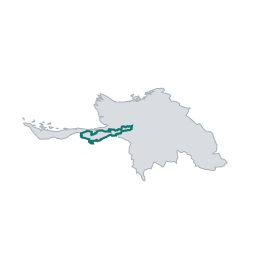 location of Kayin within Myanmar, rotated 104°
{"feature_id": "MMR-3266", "entity_name": "Kayin", "entity_type": "State", "adm_level": 1, "iso_a3": "MMR", "parent_name": "Myanmar", "parent_adm1": "", "projection": "albers", "projection_center": [97.58, 17.357], "detail": "fine", "context": "in_parent", "style": "outline", "palette": "teal", "viewbox_px": 256, "rotation_deg": 104, "n_neighbors": 0, "source": "natural_earth", "source_scale": "10m", "svg_char_len": 8574}
<svg xmlns="http://www.w3.org/2000/svg" viewBox="0 0 256 256"><g transform="rotate(104 128 128)"><path d="M164.5,114.9L162.1,113.7L160.3,114.9L157.5,114.5L157.8,116.9L156.3,117.7L153.5,117.5L151.8,121.1L146.0,122.1L142.3,121.5L140.2,124.7L140.0,128.4L139.0,130.7L139.4,134.5L137.0,135.5L135.5,135.3L136.3,137.1L138.2,137.9L139.4,141.9L139.0,143.4L146.9,152.7L149.3,159.9L151.2,158.9L151.8,159.7L151.0,161.6L148.6,163.1L148.3,170.8L144.3,172.6L144.4,175.2L144.9,177.0L148.5,182.1L152.5,185.5L154.7,189.3L155.2,194.7L154.6,197.0L155.7,200.2L157.8,202.4L160.2,210.9L155.5,218.6L150.8,223.6L150.2,228.8L148.6,230.6L147.9,228.9L147.5,223.4L149.8,219.9L150.5,213.1L152.0,211.7L151.2,211.0L149.4,211.5L150.0,206.1L148.9,205.8L149.8,204.7L148.6,195.5L144.9,189.1L144.4,186.4L143.9,190.1L143.5,189.4L143.3,184.3L141.3,178.8L141.5,178.3L142.4,178.8L141.5,177.6L140.8,177.9L140.2,176.5L139.1,165.1L137.7,163.4L138.2,158.5L139.2,157.3L135.5,157.8L133.7,153.6L133.6,151.3L129.8,147.9L130.5,149.0L129.8,150.1L130.4,152.0L128.9,155.6L127.3,157.3L125.3,157.9L123.7,156.9L123.3,155.0L122.7,155.0L124.1,158.6L118.0,161.7L117.1,163.8L113.9,166.6L113.0,166.3L113.5,162.4L111.6,165.5L109.1,165.5L108.6,161.4L107.6,163.8L106.1,164.5L106.6,157.7L106.2,159.6L103.7,162.3L101.4,163.2L102.0,157.5L105.3,148.7L105.6,145.7L104.0,138.6L101.3,132.6L102.1,132.5L100.3,130.8L100.1,126.3L99.0,127.9L98.8,130.7L96.4,129.2L94.3,125.3L95.2,124.9L97.7,126.8L99.2,125.8L99.6,124.6L95.6,120.7L96.7,119.2L95.3,119.2L91.9,117.3L90.9,117.6L91.3,119.3L90.5,119.7L89.2,117.2L90.2,116.1L89.4,116.0L90.0,113.8L89.7,113.5L88.0,116.3L87.0,115.6L88.1,114.2L87.7,113.4L86.3,111.7L86.3,114.7L82.8,109.8L80.9,103.3L82.5,101.7L85.3,103.7L85.3,95.7L86.5,94.1L89.4,95.6L90.2,93.5L91.4,93.1L90.7,87.6L91.7,84.1L93.6,83.5L94.1,80.7L94.5,76.9L93.7,72.6L95.4,73.6L97.3,73.3L101.9,74.8L103.7,69.9L108.1,61.8L106.5,60.0L106.8,58.8L110.7,54.6L112.6,50.8L111.8,47.4L112.7,44.7L116.1,42.9L123.5,37.4L129.0,36.7L131.3,38.9L132.8,39.1L130.5,33.8L135.2,30.0L135.1,26.9L137.2,23.7L138.5,23.8L139.6,25.4L140.8,25.3L142.9,27.7L145.0,34.2L146.5,33.1L148.5,34.0L149.5,43.7L149.0,49.3L147.7,50.6L148.7,53.0L146.7,53.8L145.4,56.0L143.4,56.2L142.1,59.3L140.1,59.8L139.0,62.2L139.3,64.1L137.7,65.1L137.2,68.3L138.6,69.5L139.0,71.2L137.5,74.8L138.8,74.9L144.2,72.5L148.0,73.0L150.6,72.4L149.0,74.8L150.6,77.9L151.0,82.8L156.8,84.1L157.7,85.3L156.5,86.8L154.5,94.7L162.1,95.7L162.4,98.7L164.0,99.8L164.3,101.5L165.3,102.0L169.4,101.9L171.8,99.8L174.9,98.8L175.1,100.5L174.4,101.8L171.0,103.6L168.8,107.2L168.6,108.0L169.7,108.7L165.8,110.2L164.5,114.9ZM96.7,123.2L99.1,124.7L98.6,125.8L97.0,125.8L95.9,123.9L96.7,123.2ZM145.7,201.0L147.4,203.3L145.8,204.8L145.7,201.0ZM96.2,133.0L94.9,132.2L94.1,130.9L96.8,131.0L96.2,133.0ZM148.1,210.8L148.2,213.8L147.1,213.4L146.5,210.9L148.1,210.8ZM105.1,163.2L103.4,165.1L103.1,163.4L105.5,161.1L105.1,163.2ZM137.6,160.8L136.6,160.2L136.5,158.5L137.2,158.0L137.9,158.8L137.6,160.8ZM144.8,214.4L144.5,213.5L145.6,211.0L145.5,213.1L144.8,214.4ZM144.2,220.0L145.6,222.3L145.4,222.7L144.1,220.9L143.2,221.1L144.2,220.0ZM149.0,209.1L147.5,209.7L147.4,207.6L149.0,209.1ZM145.6,230.4L143.7,232.3L143.9,231.3L145.6,230.4ZM88.8,117.5L89.4,120.0L88.3,117.1L88.8,117.5ZM145.7,196.3L145.7,198.1L145.2,195.1L145.7,196.3ZM94.4,119.4L94.6,120.9L93.5,118.7L94.4,119.4ZM143.8,206.9L142.7,206.0L143.1,205.3L143.6,205.5L143.8,206.9ZM143.0,204.2L142.3,205.5L141.6,204.7L142.2,204.2L143.0,204.2ZM143.2,211.6L143.2,212.7L142.4,210.2L143.2,211.6ZM107.6,165.5L106.8,165.4L107.9,164.2L108.0,164.7L107.6,165.5ZM148.3,220.2L147.6,220.0L148.2,218.8L148.3,220.2Z" fill="#d9dde1" stroke="#a8b0b8" stroke-width="1"/><path d="M135.4,135.0L135.2,134.9L135.3,135.1L135.5,135.3L135.6,135.5L135.9,136.2L136.2,136.6L136.2,137.1L136.3,137.4L136.4,137.6L136.7,137.9L137.1,138.2L137.3,138.0L137.5,137.5L137.6,137.4L138.3,137.7L138.3,137.9L138.3,138.1L138.1,138.3L138.2,138.7L138.8,139.5L138.8,139.8L138.9,140.0L138.9,140.4L138.9,140.5L139.0,140.5L139.4,141.1L139.5,141.5L139.2,141.8L138.8,142.5L138.9,143.0L138.7,143.1L138.8,143.2L139.0,143.5L139.4,144.0L139.5,144.1L139.5,144.5L139.7,144.8L141.5,146.4L142.0,146.7L142.1,146.8L142.1,147.0L142.4,147.4L142.5,147.8L142.7,148.0L143.1,148.2L143.2,148.4L143.1,148.7L143.2,148.9L144.2,149.9L144.5,150.1L144.9,150.7L145.2,150.9L145.1,151.0L145.3,151.2L145.4,151.3L145.4,151.7L145.5,151.8L146.3,151.9L146.5,151.9L146.7,152.1L146.9,152.3L147.2,152.8L147.3,152.9L147.4,153.1L147.4,153.3L147.7,153.6L147.8,154.1L147.7,154.0L147.6,153.9L147.5,154.0L147.5,154.3L147.8,154.5L147.6,154.7L147.5,154.9L147.3,154.9L147.2,155.1L147.1,155.3L147.1,155.5L147.4,155.8L147.6,156.2L147.7,156.4L148.1,156.7L148.2,156.9L148.3,157.1L148.3,157.4L149.0,158.4L149.1,158.6L149.0,159.0L149.1,159.4L149.3,160.2L149.4,160.4L149.6,160.6L149.7,160.4L150.1,159.9L150.7,159.4L150.9,159.1L150.9,158.7L151.0,158.5L151.3,158.3L151.3,158.7L151.5,158.9L151.7,159.0L151.9,159.3L151.9,159.5L151.8,160.0L151.8,160.5L151.7,160.7L151.3,161.3L151.2,161.5L151.2,162.0L150.9,162.4L150.7,162.5L150.5,162.3L150.4,162.3L149.7,162.2L149.3,162.3L149.2,162.7L149.0,163.0L148.9,163.1L148.6,163.1L148.2,163.0L148.2,163.3L148.4,163.7L148.5,163.9L148.4,164.5L148.4,164.8L148.4,165.3L148.4,165.5L148.1,166.6L148.1,166.9L148.1,167.5L148.1,168.1L148.4,169.8L148.4,170.4L148.3,170.9L148.0,171.2L147.8,170.8L147.4,170.6L147.0,170.8L146.6,170.8L146.5,171.0L146.6,171.3L146.4,171.4L146.3,171.6L146.5,171.7L146.5,172.0L146.4,172.0L146.2,172.0L145.9,171.7L145.7,171.6L145.4,171.6L144.9,172.2L144.8,172.4L144.6,172.4L144.5,172.1L144.3,171.5L143.9,171.2L143.6,170.9L143.3,170.2L143.0,170.0L142.7,169.3L142.4,168.9L142.2,168.6L141.7,168.1L141.7,167.8L141.6,167.7L141.4,167.6L141.2,167.4L140.9,167.3L140.8,167.2L140.8,166.9L141.0,166.7L140.9,166.4L140.8,166.2L140.7,166.0L140.7,165.8L140.5,165.3L140.4,164.8L140.4,164.6L140.5,164.4L140.5,164.0L140.5,163.9L140.6,163.6L140.7,163.4L140.7,163.2L140.5,162.7L140.3,162.3L140.3,162.2L140.7,162.1L141.3,162.1L141.8,162.0L142.3,161.9L142.3,162.0L142.6,162.1L143.0,162.3L143.1,162.2L143.6,161.8L143.7,161.7L143.3,161.2L143.2,161.0L143.1,160.9L143.1,160.7L142.9,160.4L142.6,160.0L142.4,159.9L142.2,159.7L142.2,159.3L142.0,158.9L141.8,158.9L141.5,158.9L141.3,158.8L141.3,158.7L141.2,158.5L141.1,158.4L140.8,158.2L140.7,158.2L140.6,157.9L140.6,157.6L140.1,157.8L139.9,157.8L139.4,157.4L139.3,157.2L139.1,157.1L138.9,156.9L138.7,156.9L138.3,156.6L138.2,156.4L138.0,156.2L137.8,156.0L137.4,155.5L137.3,155.0L137.4,154.8L137.2,154.5L137.2,154.2L136.8,153.7L136.8,153.3L136.8,153.0L136.5,152.6L136.5,152.2L136.7,151.9L136.7,151.7L136.8,151.5L136.9,151.3L137.0,151.2L136.9,150.3L137.0,150.1L136.8,149.4L137.0,149.1L136.9,148.7L136.6,148.3L136.5,148.1L136.4,147.7L136.2,147.2L136.3,146.5L136.3,146.4L136.2,146.3L136.0,146.2L135.9,146.0L135.6,145.3L135.6,145.2L135.7,144.9L135.9,144.7L136.0,144.6L135.9,144.4L135.8,144.5L135.6,144.5L135.5,144.8L135.3,145.0L135.1,145.2L135.1,145.5L134.9,145.8L134.6,145.6L134.3,145.9L134.1,146.0L134.1,146.3L133.9,146.3L133.7,146.1L133.8,145.4L133.4,144.5L133.3,144.1L133.5,143.8L133.6,143.6L133.6,143.2L133.4,143.0L133.4,142.9L133.3,142.6L132.9,141.6L132.8,141.4L133.1,141.1L133.2,140.8L133.3,140.7L133.4,140.4L133.5,140.0L133.7,139.6L133.6,139.4L133.1,139.0L133.0,138.8L133.0,138.2L132.8,137.7L132.7,137.6L132.4,137.9L132.2,137.8L132.1,137.7L132.2,137.4L131.9,137.1L131.5,136.9L131.4,136.7L131.2,136.5L131.2,136.2L131.3,135.9L131.3,135.7L131.4,135.3L131.4,135.1L131.3,134.8L131.3,134.5L131.2,134.3L131.0,134.2L130.9,134.0L130.8,133.9L130.7,133.9L130.2,134.0L129.6,134.4L129.0,134.3L128.7,134.1L128.3,134.3L128.2,134.3L128.1,134.0L127.9,133.8L127.7,133.2L127.4,132.7L127.7,132.2L127.4,131.6L127.4,131.4L127.5,131.3L128.1,130.9L128.1,130.6L127.8,130.2L127.5,129.9L127.1,129.7L126.7,129.3L126.4,128.8L126.3,128.5L126.2,128.5L126.2,128.3L126.6,127.9L126.4,127.7L126.2,127.1L126.0,126.9L125.9,126.6L125.8,126.4L125.8,126.0L125.8,125.9L125.5,125.6L125.4,125.4L125.4,125.0L125.4,124.9L125.1,124.6L126.3,124.5L126.5,124.5L127.1,124.7L127.1,124.8L127.2,125.0L127.6,124.8L127.8,124.6L128.0,124.3L128.3,124.6L128.4,124.8L128.6,124.9L128.8,125.0L129.6,125.6L129.9,126.1L129.8,126.3L129.8,126.9L129.8,127.1L130.0,127.6L130.0,127.9L130.1,128.0L130.3,128.1L130.5,128.2L130.8,128.6L130.9,128.9L131.0,129.1L131.0,129.3L131.1,129.5L131.1,129.8L131.1,130.0L131.2,130.4L131.3,130.5L131.6,130.9L131.6,131.0L131.6,131.3L131.8,131.5L132.1,131.8L132.1,132.1L132.7,133.3L132.8,133.4L133.0,133.4L133.4,133.4L133.7,133.5L134.7,133.5L134.8,133.5L135.0,133.9L135.2,134.1L135.4,135.0Z" fill="none" stroke="#0f766e" stroke-width="2"/></g></svg>